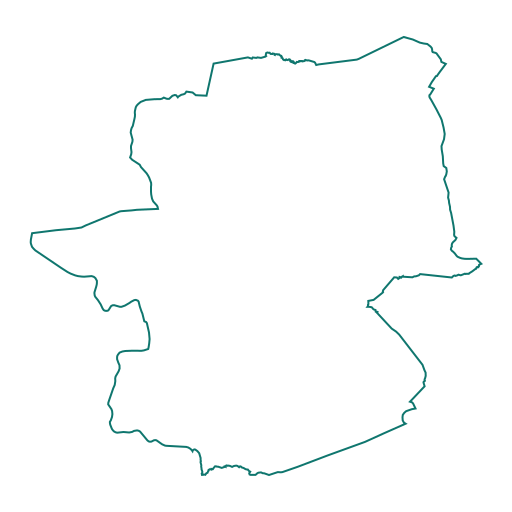 Tangamandapio, Michoacán, Mexico
{"feature_id": "50627088B20448170324578", "entity_name": "Tangamandapio", "entity_type": "district", "adm_level": 2, "iso_a3": "MEX", "parent_name": "Mexico", "parent_adm1": "Michoacán", "projection": "orthographic", "projection_center": [-102.457, 19.89], "detail": "fine", "context": "isolated", "style": "outline", "palette": "teal", "viewbox_px": 512, "rotation_deg": 0, "n_neighbors": 0, "source": "geoboundaries", "source_scale": "gbopen_adm2", "svg_char_len": 5972}
<svg xmlns="http://www.w3.org/2000/svg" viewBox="0 0 512 512"><path d="M403.7,37.0L358.7,58.9L356.8,59.6L318.8,64.4L316.2,65.0L315.1,62.7L314.3,62.0L309.2,60.5L308.0,60.3L307.3,60.5L305.3,59.9L304.9,60.2L305.1,60.6L304.1,61.1L302.3,61.4L302.1,61.0L299.7,61.0L299.9,61.4L297.9,62.1L296.8,61.9L295.8,63.2L295.1,63.6L294.1,62.7L293.6,63.0L293.3,62.9L293.2,62.4L293.5,61.6L293.0,61.2L292.0,61.2L291.8,62.0L291.4,62.1L290.3,61.4L290.1,60.6L290.4,60.2L289.7,59.4L289.0,59.3L287.8,60.1L287.0,60.0L286.4,59.4L286.2,59.4L285.5,60.2L285.0,59.9L284.7,60.1L284.0,60.1L283.0,59.4L282.6,58.2L281.5,57.7L281.8,56.8L281.3,55.9L280.8,56.0L278.9,54.3L278.1,54.6L277.6,54.5L277.2,54.2L275.8,54.2L275.1,54.5L274.9,55.0L274.5,54.8L274.4,53.9L274.0,53.7L272.6,53.5L272.3,54.0L270.6,53.9L269.6,52.7L268.4,52.8L267.5,52.5L266.3,52.9L266.0,53.8L265.7,55.7L266.1,56.1L265.5,56.6L261.0,57.9L257.3,57.4L256.8,57.8L256.3,57.9L252.7,57.5L251.9,58.7L247.9,57.4L213.6,63.6L206.5,95.7L195.8,95.2L192.6,92.5L186.4,91.6L185.1,93.5L183.8,94.2L181.3,94.8L178.3,96.6L177.8,97.3L176.2,95.3L174.8,95.0L172.4,95.8L169.2,98.8L167.8,98.9L166.5,98.7L163.8,97.6L162.0,98.7L160.3,99.1L154.4,99.2L145.8,99.9L140.7,101.9L138.1,104.1L136.7,105.6L135.8,107.2L134.9,111.1L134.8,112.9L135.0,114.4L134.9,116.6L134.4,119.1L132.8,125.9L131.6,128.1L131.0,130.2L130.7,132.6L132.6,139.7L132.4,141.8L131.0,146.0L131.0,148.2L131.5,152.1L131.2,154.3L130.1,157.5L132.2,159.8L139.7,164.7L141.0,167.1L146.6,173.3L147.9,175.3L149.1,177.5L151.1,182.8L151.2,185.0L151.0,186.6L151.0,191.7L151.2,194.4L152.0,198.6L153.2,201.4L156.8,205.4L157.5,206.6L158.0,208.9L136.9,209.8L131.7,210.4L121.1,211.2L119.6,211.5L85.8,225.4L81.5,227.5L74.9,228.5L56.1,230.2L32.1,233.2L30.9,239.5L30.7,242.2L30.9,243.6L32.0,246.8L33.5,248.6L35.3,250.4L60.7,267.6L67.5,272.0L70.6,273.6L75.2,275.4L77.9,276.1L82.0,276.6L84.2,276.7L91.6,276.1L93.8,276.8L95.4,278.1L96.9,280.8L96.9,283.1L96.7,284.7L96.2,286.7L94.5,292.2L94.4,293.1L94.7,295.5L95.2,296.7L98.0,300.2L100.7,304.4L102.6,308.5L103.7,310.1L104.9,310.7L106.2,310.9L107.8,310.7L108.7,309.9L110.7,306.7L111.2,306.0L112.6,305.3L114.2,305.2L119.9,306.8L121.5,306.8L124.9,305.6L129.4,303.0L131.2,301.7L134.3,300.1L135.9,299.9L137.9,300.7L138.6,301.6L139.8,306.5L141.5,311.5L142.4,313.6L144.3,321.3L146.2,322.1L146.9,323.2L149.0,332.5L149.6,339.1L149.2,343.4L148.6,347.3L148.2,349.0L143.9,350.4L141.4,350.8L132.8,350.7L125.2,351.0L122.4,351.5L119.6,352.6L118.0,354.6L117.3,355.9L117.1,357.0L117.1,359.2L118.3,362.6L119.5,365.3L119.6,368.5L118.6,371.3L115.6,376.5L115.2,378.3L115.3,381.2L114.7,385.0L113.2,388.4L109.1,400.3L108.3,402.8L108.2,404.4L111.4,409.1L112.1,411.0L112.4,414.1L112.0,417.0L110.8,420.4L109.9,421.8L109.9,422.9L110.2,424.6L111.9,428.9L112.9,430.3L114.1,431.5L115.6,432.3L117.2,432.7L123.5,432.0L129.2,432.5L132.2,431.9L134.0,430.9L137.1,430.4L138.8,430.8L140.1,431.6L147.4,440.4L148.7,441.4L149.8,441.7L150.8,441.7L151.6,441.5L153.9,440.3L155.2,440.1L156.1,440.2L156.9,440.6L162.1,444.3L165.0,445.6L166.2,445.8L186.2,446.9L188.3,447.5L190.4,448.8L191.8,450.2L192.5,451.2L192.7,450.5L193.6,449.7L194.6,449.4L195.3,449.6L197.4,451.1L199.2,453.2L200.6,458.0L200.6,459.9L200.9,461.2L200.5,462.0L201.3,465.2L201.2,466.7L201.5,468.2L201.5,469.2L202.3,471.6L202.3,472.4L201.7,473.8L202.0,474.3L202.0,474.9L203.1,474.9L203.7,474.4L205.3,474.8L206.4,473.2L207.5,472.8L208.2,471.0L208.6,470.7L208.6,469.9L209.9,469.2L211.4,469.6L211.5,468.9L212.9,469.1L213.6,468.0L215.1,466.3L216.4,466.4L217.0,466.7L218.2,466.7L221.7,467.9L224.3,467.0L224.4,466.4L224.9,466.3L225.7,466.8L225.8,466.0L226.1,465.6L226.8,465.4L227.7,465.8L228.6,465.6L230.2,466.0L232.1,466.9L233.9,466.0L235.7,465.7L236.7,465.7L237.6,466.0L239.1,467.2L239.9,466.4L240.5,466.4L241.1,466.7L241.7,467.4L243.6,468.0L245.6,469.2L247.0,469.5L247.8,469.5L248.9,470.9L250.2,471.7L249.2,473.2L249.6,474.5L250.7,474.9L255.5,474.9L257.4,473.2L258.4,472.7L261.0,472.4L261.9,472.8L262.6,473.2L264.2,473.3L269.0,475.0L277.8,472.1L280.8,472.3L282.4,472.1L297.7,466.8L327.5,455.5L365.0,441.9L383.7,433.4L405.6,423.7L403.9,422.6L402.7,420.4L402.5,417.2L402.8,414.9L404.2,412.9L406.1,411.2L411.8,409.2L415.5,408.5L413.1,403.5L412.1,402.4L410.0,401.7L424.6,386.3L423.5,382.5L423.7,381.7L424.8,381.0L424.9,380.7L424.6,380.0L424.6,379.3L425.1,378.2L425.7,375.9L425.6,372.6L424.5,370.3L422.5,364.8L399.2,334.6L396.1,331.6L391.7,328.6L377.0,312.8L377.4,312.6L377.5,311.9L375.7,311.6L375.5,310.0L373.9,309.5L373.2,309.0L371.9,307.4L371.5,307.2L369.1,306.8L367.5,306.8L367.9,306.3L368.0,304.7L368.4,304.1L368.3,300.9L373.6,299.9L382.6,292.7L383.1,292.1L382.8,291.4L383.2,290.1L394.2,277.3L396.9,277.5L398.2,278.9L399.2,278.2L399.5,276.9L399.9,277.0L399.9,277.4L400.1,277.6L401.2,277.7L401.9,276.7L402.8,276.2L402.8,276.7L412.4,277.3L414.2,276.4L415.9,276.3L418.9,275.3L420.1,274.1L451.8,277.5L453.5,275.9L454.8,275.5L455.4,275.9L456.9,275.5L458.5,274.7L460.8,275.3L464.9,273.7L465.7,274.0L466.2,273.8L468.8,273.8L469.3,273.2L472.2,271.4L475.5,268.9L475.9,268.9L476.2,268.1L476.6,267.6L477.6,267.4L477.3,267.0L478.9,266.4L479.1,264.8L481.3,263.8L476.2,258.7L467.1,258.9L464.6,258.8L461.8,258.4L459.9,257.8L457.5,256.7L456.6,255.8L454.7,253.3L453.0,251.6L451.9,250.8L450.9,249.4L451.1,248.0L451.9,246.4L451.7,245.9L451.8,244.6L452.1,243.5L452.9,242.3L455.4,240.0L456.5,237.9L454.5,236.2L454.1,235.0L454.3,231.7L453.5,225.6L451.1,212.9L450.1,209.7L450.0,206.8L449.1,202.9L448.9,200.5L448.1,197.6L448.6,192.6L444.1,179.2L445.3,176.3L445.7,176.0L446.3,174.2L446.8,171.4L446.3,168.0L443.7,166.1L443.2,163.4L442.8,156.2L441.7,149.5L441.5,146.1L444.0,139.3L444.7,134.0L443.6,127.7L441.7,120.0L440.8,117.9L436.5,109.5L431.4,100.3L429.6,97.4L429.3,96.0L429.6,94.9L430.2,94.5L433.8,88.7L429.1,86.8L431.8,82.1L435.9,76.2L437.1,75.9L437.5,75.1L439.8,71.9L445.8,63.9L441.4,61.9L440.8,59.3L436.5,53.4L435.6,52.9L432.7,52.1L432.3,51.4L432.1,49.4L431.8,48.1L430.7,46.7L427.3,44.0L423.7,43.5L419.8,42.6L412.8,39.5L403.7,37.0Z" fill="none" stroke="#0f766e" stroke-width="2"/></svg>